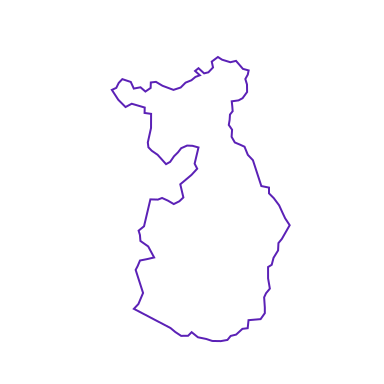 the district of Humaitá, Rio Grande do Sul, Brazil, rotated 111°
{"feature_id": "56859067B44026938864112", "entity_name": "Humaitá", "entity_type": "district", "adm_level": 2, "iso_a3": "BRA", "parent_name": "Brazil", "parent_adm1": "Rio Grande do Sul", "projection": "robinson", "projection_center": [-54.001, -27.586], "detail": "fine", "context": "isolated", "style": "outline", "palette": "violet", "viewbox_px": 384, "rotation_deg": 111, "n_neighbors": 0, "source": "geoboundaries", "source_scale": "gbopen_adm2", "svg_char_len": 1670}
<svg xmlns="http://www.w3.org/2000/svg" viewBox="0 0 384 384"><g transform="rotate(111 192 192)"><path d="M125.4,303.4L132.3,293.9L136.5,284.5L131.2,279.9L130.1,266.4L135.2,264.6L133.7,258.2L146.9,253.2L161.6,251.0L165.9,248.7L167.9,244.4L169.6,237.4L175.3,226.2L171.7,223.2L165.1,221.6L160.0,219.3L155.0,217.8L150.4,213.2L148.7,208.1L148.1,201.9L164.6,199.7L168.4,195.5L176.2,198.6L189.0,205.7L200.2,198.1L205.2,200.5L209.8,204.7L208.7,211.3L208.3,217.8L211.3,221.1L213.8,228.2L241.2,224.5L247.2,228.0L250.8,225.2L256.2,222.6L258.5,213.4L266.7,203.9L270.7,209.8L274.6,216.0L280.7,216.2L284.9,216.7L303.8,201.5L315.8,201.9L321.9,204.4L326.7,163.3L328.7,157.4L330.2,150.6L327.6,144.1L323.0,142.1L325.5,134.4L324.1,126.0L323.8,119.7L320.9,111.7L317.4,105.9L312.5,104.3L309.3,99.7L301.7,95.9L299.2,91.2L291.4,93.3L286.1,82.4L279.0,80.6L273.8,82.6L264.5,86.9L260.0,86.6L254.3,84.7L245.4,90.0L234.8,94.1L231.4,91.5L224.2,92.3L215.7,90.7L208.7,93.0L203.6,91.3L188.0,88.9L183.2,95.6L178.8,100.2L173.2,105.9L168.4,113.5L165.7,119.6L160.3,121.7L161.6,129.4L140.5,146.5L137.3,153.2L130.9,159.2L130.6,163.9L130.4,169.8L126.3,174.8L119.5,176.9L116.2,181.7L111.2,182.7L106.1,184.3L102.0,183.0L97.6,185.1L93.1,187.4L89.8,181.4L86.3,178.4L78.9,176.4L71.9,179.2L67.4,182.7L62.4,182.0L58.2,182.7L58.8,188.6L53.8,197.9L57.1,202.7L57.7,211.3L56.7,216.2L63.2,220.3L68.2,217.0L74.4,219.6L76.9,223.2L74.1,230.3L77.9,232.5L80.2,226.5L83.3,230.0L87.9,232.6L92.2,237.2L98.5,240.0L103.3,245.9L103.4,257.6L102.1,265.1L104.5,269.7L109.7,267.9L114.9,271.5L112.7,277.6L116.3,283.4L111.2,288.6L111.6,297.5L116.4,299.5L121.9,300.0L125.4,303.4Z" fill="none" stroke="#5b21b6" stroke-width="2"/></g></svg>